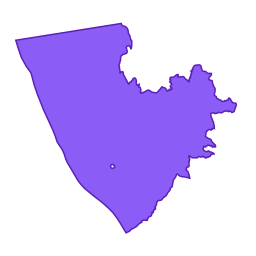 Moba, Katanga, Democratic Republic of the Congo (Natural Earth projection), rotated 178°
{"feature_id": "63176286B25314267977171", "entity_name": "Moba", "entity_type": "district", "adm_level": 2, "iso_a3": "COD", "parent_name": "Democratic Republic of the Congo", "parent_adm1": "Katanga", "projection": "natural_earth1", "projection_center": [29.107, -7.404], "detail": "fine", "context": "isolated", "style": "filled", "palette": "violet", "viewbox_px": 256, "rotation_deg": 178, "n_neighbors": 0, "source": "geoboundaries", "source_scale": "gbopen_adm2", "svg_char_len": 5676}
<svg xmlns="http://www.w3.org/2000/svg" viewBox="0 0 256 256"><g transform="rotate(178 128 128)"><path d="M43.0,99.0L43.1,99.6L45.1,100.8L46.9,101.2L47.9,102.1L48.7,102.3L49.8,101.6L51.3,101.8L52.5,102.6L53.4,103.7L53.6,104.5L53.0,106.9L52.2,106.5L51.7,106.7L51.3,106.3L51.0,106.3L50.7,107.2L49.8,107.3L48.8,108.0L47.0,107.8L46.6,107.2L45.8,107.5L45.5,107.1L44.2,106.9L44.5,106.3L44.3,106.0L43.6,106.4L43.0,106.2L42.6,106.4L41.8,105.9L41.1,106.2L41.4,108.0L42.8,109.3L44.9,111.8L45.4,113.4L45.9,113.9L48.1,114.8L50.3,116.4L50.7,116.8L50.7,117.7L50.1,120.9L49.3,122.4L48.9,122.3L48.0,123.3L47.5,123.4L47.0,123.7L46.0,123.6L45.2,123.0L44.9,123.1L44.8,123.6L44.5,123.5L44.3,123.9L43.8,123.8L43.3,124.7L41.7,124.4L41.8,125.0L41.7,125.7L41.8,127.8L42.2,128.4L42.3,130.8L42.8,131.5L43.8,134.7L44.0,134.9L44.7,136.7L44.8,139.3L44.0,139.9L42.0,140.3L40.8,139.4L38.2,139.7L37.2,140.4L36.5,140.5L34.7,139.9L33.6,140.0L31.9,141.0L30.4,141.5L28.2,141.5L27.0,140.8L26.2,141.0L25.5,141.6L23.8,139.9L22.7,140.0L21.4,140.9L19.1,146.7L18.9,147.8L19.3,149.0L22.4,149.5L23.8,151.6L24.8,153.5L25.9,154.5L26.7,153.7L26.6,153.3L26.7,152.9L27.2,152.6L27.9,152.6L29.0,151.7L30.3,152.0L30.5,151.5L32.8,151.1L34.1,152.4L34.9,152.9L35.8,153.1L37.2,154.1L37.6,154.1L37.9,154.3L38.5,155.1L38.7,156.4L39.3,156.7L40.6,157.6L40.2,159.9L39.7,161.8L39.6,164.3L41.0,167.0L41.6,168.8L42.2,170.9L42.0,172.0L42.9,172.6L43.8,172.8L45.4,173.5L45.5,174.6L45.1,175.7L42.9,178.0L42.7,179.6L44.0,179.6L44.7,179.9L45.8,179.6L47.1,180.3L47.8,181.2L48.6,181.8L49.1,182.0L51.0,182.0L52.0,183.2L53.1,187.8L53.9,188.4L54.9,188.6L58.5,188.4L59.6,187.8L60.7,186.5L61.2,184.9L61.4,184.8L61.1,184.3L61.3,184.1L61.4,183.8L61.6,183.6L61.8,183.9L62.1,183.6L61.8,183.2L61.8,182.9L62.0,182.9L62.2,183.1L62.4,183.0L62.5,182.7L62.9,182.6L62.4,182.3L62.6,181.8L62.5,181.0L62.8,180.7L62.6,180.5L62.9,180.0L63.2,179.6L63.3,179.0L63.3,178.2L63.5,178.0L63.4,177.8L63.9,177.4L63.7,176.8L63.9,176.1L64.5,175.9L64.6,175.3L64.8,174.9L65.2,174.7L65.3,174.0L65.6,173.5L65.1,172.8L65.2,172.2L65.7,172.3L68.3,174.7L68.9,175.0L70.5,177.2L71.6,177.5L75.5,177.2L76.5,177.5L76.3,178.3L75.8,179.3L76.2,179.7L77.6,179.5L80.3,177.5L81.2,177.2L82.1,177.1L82.8,177.3L83.8,177.1L84.2,176.7L84.1,175.4L83.9,175.4L83.9,174.8L84.3,174.7L84.1,174.4L83.7,174.5L83.6,174.1L83.8,173.7L84.6,173.1L84.3,172.8L84.4,172.5L84.3,172.1L83.9,172.1L84.0,171.6L83.8,171.4L83.3,171.4L83.1,170.9L82.7,170.5L82.9,169.8L83.9,168.9L84.2,168.3L84.2,167.7L83.6,166.8L82.6,166.4L82.8,165.6L82.9,165.4L83.5,165.6L83.9,165.3L84.1,164.6L84.3,164.6L84.7,165.1L85.1,165.2L85.1,164.4L86.1,164.5L86.9,163.5L87.4,163.4L88.6,165.6L89.6,166.7L92.8,167.9L94.5,165.7L97.9,162.3L98.9,162.2L102.6,162.9L103.7,163.5L104.7,164.6L106.7,165.3L111.9,162.7L112.1,162.7L112.5,163.1L113.1,162.9L113.5,162.3L113.9,162.4L114.3,162.9L114.5,163.6L114.3,164.3L114.0,164.5L113.8,165.0L113.8,165.9L114.3,167.7L114.8,168.5L115.2,168.6L115.6,168.4L116.1,169.1L115.3,170.6L115.2,171.3L117.1,170.6L117.8,170.8L118.0,171.1L118.1,172.7L118.0,174.8L118.2,176.0L118.9,177.3L119.2,177.6L119.8,177.8L121.1,177.3L121.4,176.9L121.6,176.1L122.6,175.2L122.8,174.5L124.5,173.7L125.0,173.2L125.5,171.9L126.1,172.2L126.4,173.0L127.0,173.5L127.4,175.0L130.7,181.6L130.9,184.0L131.4,184.4L131.8,184.6L132.4,184.3L133.3,183.6L134.0,183.4L134.2,183.8L134.2,184.1L133.7,184.7L134.1,185.3L134.2,186.9L134.5,187.8L134.3,189.0L134.8,190.5L134.6,191.9L134.0,193.1L133.7,194.5L133.0,196.4L133.1,197.2L132.7,199.3L132.1,200.7L131.8,200.9L131.2,201.0L130.3,201.8L129.3,201.9L127.9,202.5L127.0,202.6L126.3,203.5L126.1,204.6L127.0,208.7L126.6,209.3L124.9,210.1L123.4,210.0L123.2,209.1L122.3,207.1L121.9,207.2L121.3,210.7L121.2,215.0L122.0,216.0L122.6,218.0L123.0,220.5L124.1,222.0L124.6,226.0L125.2,227.4L126.3,228.9L127.7,229.8L129.5,230.1L130.6,231.1L131.1,232.7L237.1,219.6L234.7,210.7L232.0,202.0L227.3,192.8L223.0,186.4L220.1,173.8L217.3,164.6L211.7,149.0L203.5,129.4L201.3,123.4L199.1,116.1L194.6,108.9L192.8,104.6L191.4,99.5L190.1,96.1L179.7,77.0L177.4,73.8L173.6,69.2L163.6,60.4L156.4,54.5L149.3,47.6L146.1,44.0L142.0,38.2L138.9,32.9L133.6,23.3L130.0,24.8L128.7,26.4L123.1,29.1L120.5,31.7L119.4,32.3L117.9,33.4L117.6,33.3L117.6,34.3L117.4,34.8L116.5,34.9L115.8,35.3L115.1,35.2L113.0,35.4L112.8,35.0L112.3,35.0L111.9,35.8L111.7,35.7L111.5,37.0L110.9,37.4L110.5,38.2L109.8,38.7L109.2,38.7L109.0,39.0L108.4,39.1L107.9,39.4L107.1,41.2L107.2,42.6L107.1,42.8L106.6,42.8L106.2,42.4L106.0,42.5L105.7,42.7L105.4,43.7L105.6,44.4L104.9,45.0L104.8,45.4L104.6,45.6L103.8,45.7L103.7,46.1L103.4,46.2L103.4,46.6L103.6,46.7L103.7,47.0L103.3,47.7L103.7,48.2L103.3,48.6L103.3,49.0L102.3,50.1L102.1,50.7L102.1,52.0L100.9,54.0L100.1,54.4L97.4,54.7L96.9,55.1L95.1,57.1L94.5,57.4L94.0,57.9L92.7,58.6L91.3,60.4L90.5,62.0L88.3,64.3L87.5,66.7L85.9,67.8L84.6,74.1L82.2,77.3L81.0,80.0L80.5,80.3L79.4,79.5L78.4,78.4L75.5,77.4L73.5,77.2L70.0,76.3L68.0,75.6L68.2,77.0L68.7,77.6L68.5,78.0L68.4,78.4L69.3,81.4L69.7,82.4L70.6,83.4L71.6,84.2L71.0,85.2L70.7,86.4L70.8,86.7L70.4,86.9L70.2,86.8L69.9,87.0L69.2,86.9L68.8,87.1L68.4,87.6L68.2,88.4L68.4,90.7L68.1,91.7L68.1,92.2L68.4,92.4L67.5,93.8L67.5,94.9L67.5,95.5L68.2,96.8L68.3,97.4L67.9,98.1L64.8,96.0L59.7,95.8L59.2,96.4L57.9,97.0L57.3,96.9L56.7,96.5L55.9,96.4L54.5,97.1L54.3,96.6L54.0,96.5L53.6,96.8L53.1,96.5L52.6,96.5L52.3,96.1L52.0,96.1L51.8,95.4L51.4,95.3L51.0,95.6L50.0,95.7L49.2,96.2L48.7,96.1L48.3,96.5L47.4,96.6L46.8,97.2L46.5,97.3L46.1,98.4L45.7,98.7L44.7,98.8L43.9,99.3L43.0,99.0ZM146.6,90.8L146.4,91.5L145.3,92.1L144.0,92.0L143.6,91.4L143.5,90.9L143.0,90.7L142.6,90.0L143.0,89.0L143.9,88.4L145.5,88.3L146.1,88.7L146.5,89.3L146.7,90.0L146.6,90.8Z" fill="#8b5cf6" stroke="#5b21b6" stroke-width="1.5"/></g></svg>